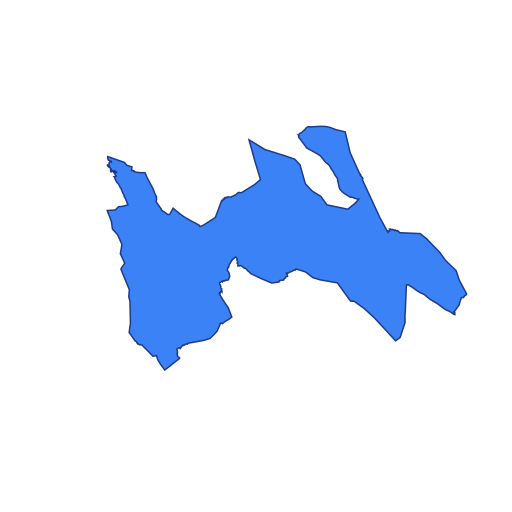 the district of Vågå nor, Oppland, Norway, rotated 231°
{"feature_id": "86288312B91782674250169", "entity_name": "Vågå nor", "entity_type": "district", "adm_level": 2, "iso_a3": "NOR", "parent_name": "Norway", "parent_adm1": "Oppland", "projection": "natural_earth1", "projection_center": [9.014, 61.703], "detail": "fine", "context": "isolated", "style": "filled", "palette": "blue", "viewbox_px": 512, "rotation_deg": 231, "n_neighbors": 0, "source": "geoboundaries", "source_scale": "gbopen_adm2", "svg_char_len": 6086}
<svg xmlns="http://www.w3.org/2000/svg" viewBox="0 0 512 512"><g transform="rotate(231 256 256)"><path d="M276.4,109.3L266.0,108.6L265.6,108.9L264.7,109.1L263.4,109.1L263.2,108.8L261.9,108.8L261.9,109.1L260.2,109.7L260.1,109.8L260.0,110.4L259.2,110.8L259.0,111.1L258.3,111.5L257.0,111.5L242.9,112.9L241.1,116.1L240.0,115.5L237.7,114.6L235.6,114.0L234.6,114.1L233.1,113.9L232.8,113.7L224.8,113.3L224.5,132.2L225.2,132.5L226.8,132.0L227.7,132.1L228.2,132.3L229.1,133.0L230.0,133.3L229.9,133.8L230.8,134.7L233.4,135.8L233.5,136.0L233.2,137.0L233.4,137.7L232.9,138.7L232.0,138.7L231.7,138.8L232.1,139.5L232.0,140.1L232.6,141.3L232.6,142.0L232.3,142.5L232.8,142.9L232.8,143.1L232.4,143.4L231.9,144.1L232.0,144.4L231.9,144.6L232.0,144.8L231.7,145.4L231.8,145.9L231.3,146.6L230.6,147.3L230.7,147.8L231.0,148.0L230.9,148.4L223.4,162.1L220.8,168.5L222.0,178.3L225.1,184.4L225.6,185.1L225.9,185.1L225.9,186.8L224.6,187.2L224.6,190.1L223.9,195.1L223.8,198.8L233.0,201.8L242.8,202.7L249.7,203.7L249.4,204.2L250.3,204.3L250.5,204.7L250.1,205.2L250.1,205.6L250.5,206.3L250.4,206.6L249.8,206.7L250.0,206.8L250.0,207.5L251.0,207.6L251.5,208.1L251.5,207.9L251.8,208.0L252.3,208.4L253.9,208.8L254.3,209.1L254.3,209.3L254.4,209.5L256.0,210.0L257.2,210.1L257.8,210.6L258.4,211.3L258.0,211.9L258.0,212.6L257.7,213.0L257.8,213.5L257.5,213.8L257.3,213.7L257.0,213.7L257.2,214.1L257.1,214.5L257.4,214.7L257.5,214.6L257.6,214.8L256.6,215.4L256.5,216.6L256.2,216.6L256.2,217.0L255.6,217.9L255.7,218.1L254.9,219.2L254.8,219.6L256.5,222.3L256.8,222.6L256.8,222.9L259.5,224.1L259.9,224.4L261.2,224.6L262.3,224.6L263.7,225.2L263.8,225.8L264.6,227.0L264.4,227.6L265.1,228.0L265.3,228.8L265.7,229.1L266.5,230.6L266.7,231.6L267.3,232.8L267.3,233.3L267.7,234.0L267.7,234.8L268.3,235.6L268.0,236.0L268.2,239.0L268.1,239.5L267.4,239.7L265.6,239.6L264.9,238.6L262.9,238.0L262.3,237.6L262.3,237.4L262.6,237.2L262.5,236.9L261.2,236.9L260.3,236.6L260.3,236.4L260.3,236.0L260.6,236.0L259.9,235.7L259.9,236.0L259.2,236.3L258.8,236.8L258.5,237.2L258.4,237.9L257.9,238.4L256.8,238.7L255.7,238.8L253.9,239.2L253.4,239.5L253.2,240.0L252.7,240.2L249.3,240.3L247.8,240.7L245.5,240.9L234.6,246.1L225.1,251.2L221.4,257.4L221.9,257.8L221.9,258.2L221.6,258.5L222.0,259.1L221.7,259.6L221.5,260.2L220.5,261.1L220.3,261.8L219.9,262.5L220.5,263.2L220.5,264.0L220.4,264.6L220.6,265.2L221.1,265.6L220.4,267.7L221.3,268.4L222.4,268.5L223.6,268.9L223.5,269.2L222.6,269.5L222.6,270.4L222.3,271.0L222.3,271.9L221.4,274.2L221.2,276.4L220.4,277.6L220.3,278.0L220.8,278.9L212.5,284.4L203.3,286.6L196.9,291.0L184.0,302.3L161.4,301.1L159.0,303.8L147.2,307.0L133.3,309.1L102.2,311.1L102.0,316.8L110.5,330.0L116.3,334.6L119.4,337.5L138.8,354.6L138.3,354.9L138.3,355.6L138.2,356.0L135.4,357.0L134.0,357.6L127.2,359.4L126.6,359.7L123.9,360.6L122.4,361.5L119.8,362.6L112.7,364.0L105.1,366.9L96.0,369.2L93.5,370.2L92.0,371.2L91.2,371.4L90.3,371.9L85.9,373.1L85.4,373.7L86.3,373.8L86.1,373.9L86.3,374.4L86.6,374.8L87.6,374.9L88.1,374.8L88.1,375.2L88.0,375.4L90.2,383.2L93.1,387.2L93.3,388.0L94.4,388.9L94.3,389.7L93.3,390.7L93.3,391.9L93.8,393.2L93.5,394.6L94.0,395.8L109.4,398.8L118.7,402.3L133.6,400.5L142.9,401.1L162.1,399.4L170.1,397.7L183.8,382.2L185.7,382.3L186.1,381.8L187.0,381.7L187.0,381.1L187.2,380.9L188.8,380.5L188.8,380.3L188.6,379.9L188.8,379.6L190.8,378.8L191.2,377.9L192.6,377.4L192.9,376.7L192.0,376.4L191.7,376.1L191.5,375.0L192.1,374.8L192.3,374.6L191.5,373.4L207.8,376.4L248.1,386.6L248.4,386.7L248.5,387.2L249.1,387.9L250.5,388.0L252.9,387.7L253.3,387.8L253.3,388.1L253.0,388.4L253.2,388.5L253.9,388.3L254.1,388.5L255.3,388.5L276.8,394.1L296.3,403.4L303.8,397.7L309.4,394.4L312.6,391.8L316.0,388.0L321.6,380.2L323.5,378.1L324.0,376.6L323.4,372.6L323.3,369.3L323.4,367.7L323.8,366.9L323.7,366.5L322.8,365.2L323.1,365.0L322.4,365.0L322.1,364.3L320.6,363.8L319.6,364.0L319.2,363.8L318.7,363.9L308.0,363.4L297.7,367.6L293.8,368.9L291.9,369.2L287.6,369.0L284.6,369.1L281.1,369.9L279.5,369.9L276.3,369.2L272.0,369.0L269.6,368.3L265.1,368.1L262.7,366.6L261.3,366.1L257.7,364.1L255.2,363.3L253.4,363.3L249.9,363.7L242.4,366.2L241.6,367.4L240.1,368.3L238.0,369.4L235.5,371.7L234.6,366.0L234.6,356.8L251.1,343.3L261.4,343.9L271.2,340.5L281.1,339.8L299.2,347.6L307.0,347.0L315.9,341.4L333.0,330.0L350.7,323.7L330.1,314.7L312.6,307.6L312.4,299.9L314.3,284.7L314.8,283.9L316.4,282.5L316.5,280.8L316.3,279.5L316.3,278.6L316.9,276.9L316.8,276.6L317.5,274.5L317.5,273.7L317.9,273.0L319.0,272.0L319.8,271.1L319.9,270.6L320.1,270.2L319.8,269.9L320.7,269.1L320.9,268.8L320.6,268.3L320.9,268.0L320.6,267.6L320.6,267.4L320.0,267.0L320.2,266.5L320.8,266.3L320.2,265.4L320.6,264.8L320.4,264.6L320.4,264.4L320.2,264.2L320.5,263.9L311.5,248.6L313.1,234.2L314.1,231.0L314.7,231.0L315.5,231.3L325.7,227.0L332.1,224.6L338.4,223.0L345.3,221.7L342.8,215.5L342.7,214.7L343.9,213.5L348.3,212.4L349.7,211.7L351.3,211.4L351.5,211.5L351.9,211.9L360.6,212.5L361.6,213.1L362.6,214.4L365.0,216.1L366.7,216.2L373.0,218.3L385.9,220.8L390.6,222.2L394.5,217.5L395.1,217.1L396.1,215.9L397.2,215.2L398.1,214.5L399.1,214.8L399.5,214.4L399.5,213.9L400.0,213.8L400.8,213.2L403.4,215.7L404.1,215.1L408.1,212.6L411.5,212.7L426.6,203.3L425.1,202.2L423.2,201.6L422.0,202.3L420.9,203.1L419.9,202.6L421.1,201.9L421.1,201.6L420.9,201.1L420.9,200.7L420.1,199.7L418.4,198.5L420.8,197.7L418.4,197.4L418.1,197.5L417.6,197.6L417.8,198.0L417.6,198.5L416.6,198.3L415.3,197.8L414.7,198.3L414.0,198.0L414.6,197.4L413.6,196.9L413.7,196.7L413.6,196.4L412.5,196.3L412.1,197.6L412.7,197.8L412.0,199.2L410.1,200.3L409.3,200.4L408.7,200.2L409.0,199.8L408.9,199.3L410.2,199.0L410.4,198.9L410.2,198.7L410.5,198.6L411.0,198.7L411.4,198.2L406.0,197.6L406.3,196.8L407.0,195.6L406.1,195.6L403.5,194.7L400.7,194.2L398.8,194.4L395.8,193.9L394.4,193.5L393.6,193.8L392.7,193.3L388.1,192.0L386.0,191.7L385.5,191.1L382.6,190.6L376.4,188.7L377.2,186.5L378.8,183.2L380.8,180.1L380.3,175.6L385.0,169.0L373.9,165.4L367.3,161.4L359.6,161.8L349.4,159.1L343.1,152.0L333.0,149.5L331.3,143.6L330.7,142.7L309.6,136.4L304.3,131.4L300.2,129.6L282.9,116.2L276.4,109.3Z" fill="#3b82f6" stroke="#1e3a8a" stroke-width="1.5"/></g></svg>